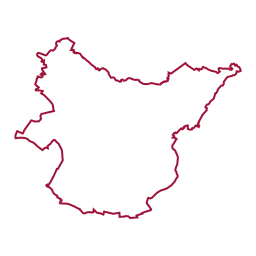 outline of Vargata, Mures, Romania
{"feature_id": "2599482B49125159917966", "entity_name": "Vargata", "entity_type": "district", "adm_level": 2, "iso_a3": "ROU", "parent_name": "Romania", "parent_adm1": "Mures", "projection": "robinson", "projection_center": [24.8, 46.587], "detail": "fine", "context": "isolated", "style": "outline", "palette": "rose", "viewbox_px": 256, "rotation_deg": 0, "n_neighbors": 0, "source": "geoboundaries", "source_scale": "gbopen_adm2", "svg_char_len": 5599}
<svg xmlns="http://www.w3.org/2000/svg" viewBox="0 0 256 256"><path d="M176.4,178.3L177.5,177.0L177.7,176.0L177.3,174.6L176.7,174.0L176.6,173.3L176.6,172.5L176.3,171.6L175.5,170.9L175.4,169.4L176.0,167.2L176.8,165.6L177.5,163.2L177.4,162.4L177.9,158.0L177.6,156.1L175.2,150.7L174.7,150.0L173.0,148.9L172.7,148.5L172.3,147.4L172.3,146.1L172.6,145.1L174.3,142.6L175.7,140.1L176.6,139.1L176.6,138.9L175.2,138.1L174.5,137.7L172.9,137.6L174.2,136.1L172.8,134.9L174.3,132.9L175.0,133.2L175.6,132.6L176.6,133.1L181.1,128.4L182.5,129.3L184.2,127.7L183.6,127.2L184.7,126.3L186.5,125.6L187.8,125.5L187.8,128.9L188.7,129.4L189.4,129.5L190.7,129.6L192.1,129.4L192.3,129.1L192.1,128.3L192.2,128.2L194.1,127.7L195.7,125.6L198.7,127.0L199.2,125.6L197.7,124.6L198.7,123.0L198.3,122.7L202.7,114.5L206.7,110.3L206.6,109.7L206.6,109.0L206.9,108.2L206.0,107.8L205.4,107.1L206.9,104.6L208.4,104.3L209.1,103.7L209.6,103.0L210.1,101.7L213.4,99.0L213.9,98.2L214.9,94.8L215.2,93.4L216.0,93.3L216.3,92.9L217.0,91.8L217.9,89.6L218.8,88.2L219.9,87.3L220.4,86.5L221.2,85.6L222.1,85.5L222.7,85.6L223.0,85.4L223.6,84.3L223.9,81.7L227.0,77.4L228.1,76.8L232.0,75.9L233.0,75.2L234.5,75.2L235.9,74.0L236.3,73.4L236.5,71.5L236.9,71.3L237.7,71.6L238.1,71.5L238.8,71.7L240.6,71.0L240.6,70.3L240.2,69.2L240.2,68.7L239.0,66.9L237.6,66.6L236.7,64.9L236.3,64.6L235.8,64.8L235.2,65.5L234.1,63.7L233.9,63.6L232.2,64.3L231.6,64.0L230.4,65.8L230.1,66.6L230.2,67.0L230.5,67.3L232.3,68.6L231.9,69.5L231.6,69.8L229.8,69.6L229.0,68.9L228.1,68.6L222.4,68.7L221.1,68.2L219.2,68.2L218.6,68.5L219.2,71.0L219.8,71.5L219.7,71.6L217.9,73.1L217.1,72.8L216.6,72.2L215.6,71.7L211.8,70.9L210.8,70.6L208.3,69.5L206.4,68.3L204.8,67.6L203.9,67.4L203.1,66.9L202.8,67.2L202.3,68.3L201.6,69.1L200.5,69.4L199.1,68.8L198.8,69.0L198.9,69.7L198.8,70.3L196.5,68.4L194.8,69.7L194.3,69.9L187.6,65.4L186.7,64.7L185.5,63.1L171.0,73.6L168.7,72.6L168.8,73.2L168.5,73.7L168.4,74.8L168.5,75.1L168.8,75.3L168.8,76.1L168.7,76.4L168.4,76.8L168.3,77.3L167.7,77.6L168.3,78.2L167.9,78.6L168.3,78.7L168.3,79.0L167.8,79.3L168.1,79.9L167.8,80.4L167.5,80.5L167.6,80.9L167.1,81.0L166.7,81.3L166.4,81.5L165.0,81.3L164.7,81.8L164.2,81.6L163.9,81.7L164.0,82.1L163.7,82.2L162.6,82.2L162.3,82.9L161.5,83.1L161.3,83.5L161.0,83.5L160.8,84.1L160.4,84.5L156.2,84.2L154.1,83.6L151.6,83.1L149.3,83.6L147.8,84.1L144.2,84.0L142.9,83.7L139.5,81.6L139.2,80.3L138.3,80.2L137.4,79.7L135.1,79.9L133.7,79.6L132.0,79.1L131.8,78.7L129.2,78.1L127.5,78.6L127.1,78.9L126.6,79.8L124.9,80.6L123.7,80.7L123.1,79.8L122.8,79.6L122.0,79.6L121.4,79.8L121.1,80.1L121.0,80.4L121.2,81.0L121.1,81.5L119.7,81.7L117.8,80.6L116.0,80.4L115.6,80.1L114.4,78.0L113.5,77.4L110.9,77.7L108.6,73.7L108.7,72.9L107.9,71.7L105.4,69.3L104.4,69.1L103.0,68.2L102.5,68.2L100.8,69.1L99.2,70.4L98.8,70.2L99.2,69.4L97.9,68.3L97.7,68.3L96.8,69.1L96.3,69.1L95.9,68.9L95.2,67.4L91.5,64.7L88.5,61.7L87.0,60.7L84.2,58.2L83.4,57.4L82.7,57.7L81.5,55.7L80.3,54.0L79.8,53.6L78.8,53.2L76.2,52.8L76.2,53.2L74.9,53.1L74.9,52.9L73.6,52.4L73.9,51.8L74.3,51.6L74.1,51.2L73.7,50.7L73.1,50.5L73.7,50.2L73.7,49.9L71.0,50.0L74.3,43.0L70.8,40.8L68.3,39.0L67.9,38.0L65.4,38.6L62.3,38.9L61.8,39.5L59.6,40.6L59.6,41.5L58.0,41.2L57.2,41.5L56.4,42.2L56.1,43.4L56.1,44.4L57.0,45.5L56.4,46.4L55.5,47.4L55.4,48.4L54.3,49.6L53.3,50.4L52.6,50.6L51.4,50.3L50.9,50.3L50.3,50.6L49.1,51.9L46.5,55.1L45.9,55.4L45.0,55.2L42.0,54.0L38.8,52.9L37.9,53.1L37.1,54.3L37.0,54.7L38.0,56.5L39.9,57.4L41.8,58.8L42.2,59.7L42.2,60.7L41.5,61.4L42.0,61.9L44.0,60.5L43.8,64.6L45.9,64.8L46.4,67.4L41.9,68.4L42.3,70.0L45.2,74.1L43.5,74.7L43.0,74.6L41.9,73.2L40.7,74.5L42.5,75.7L42.4,76.9L41.8,77.3L40.7,77.4L38.0,76.4L37.8,76.8L37.6,76.8L37.6,77.3L37.4,77.5L37.5,78.0L37.2,78.6L36.7,78.9L36.4,81.2L35.8,82.6L35.2,84.3L37.9,86.8L38.8,87.4L38.7,87.6L37.4,88.6L36.0,89.2L35.7,89.9L35.7,90.2L36.3,90.4L39.4,90.4L42.7,91.1L41.2,93.4L43.7,94.8L45.1,96.1L49.9,101.0L51.9,103.4L52.6,104.4L52.8,105.1L53.3,109.0L54.0,111.0L41.7,113.9L41.0,114.6L40.5,115.6L40.6,116.9L41.0,118.6L40.3,119.9L38.6,121.5L37.0,121.3L35.8,121.5L34.6,121.5L32.9,120.8L31.3,120.4L24.7,129.6L23.9,130.9L23.4,132.5L23.0,133.3L22.4,133.5L22.2,133.1L21.0,132.8L19.0,132.0L17.6,131.2L17.2,131.2L16.9,131.7L15.5,135.4L15.4,137.0L15.5,138.0L15.8,138.3L18.3,137.8L21.6,137.7L24.6,138.0L26.8,138.6L27.2,138.8L28.3,139.9L30.1,141.3L32.3,142.1L34.0,143.1L38.5,147.2L42.5,150.1L44.4,148.2L46.3,147.5L47.8,148.3L47.7,146.0L48.9,144.9L50.4,143.9L51.0,142.9L52.1,141.5L53.4,140.3L53.9,140.0L54.9,140.1L56.1,141.5L58.6,143.8L61.6,149.4L62.1,151.7L62.5,158.3L62.8,160.2L58.0,168.7L57.8,169.0L56.9,168.9L53.6,176.2L50.5,182.0L48.6,184.9L47.9,184.4L47.7,184.4L46.4,185.2L46.4,185.5L46.7,185.8L46.7,186.2L49.6,187.4L52.2,189.9L52.4,191.0L53.7,193.3L54.6,194.2L57.2,195.7L57.5,196.5L57.2,197.1L57.4,197.4L59.5,198.3L59.8,198.8L60.5,198.9L60.5,199.6L61.6,200.0L61.7,200.5L61.3,201.1L60.6,201.2L59.8,202.9L60.0,203.3L62.6,203.5L67.4,203.7L70.1,204.6L75.0,206.8L78.3,208.6L79.8,209.0L79.8,209.6L81.0,210.7L82.1,212.1L83.0,213.0L83.6,213.4L85.2,213.2L86.7,212.5L87.8,212.3L89.4,212.1L91.9,212.6L92.2,212.5L92.3,212.2L92.6,212.1L93.0,212.2L93.4,212.2L93.7,209.5L96.8,212.6L97.9,213.0L100.4,213.3L103.4,214.5L104.1,211.6L113.1,213.8L119.4,212.8L119.5,213.7L119.5,216.8L124.5,216.6L125.1,216.1L126.1,216.1L128.3,216.3L130.2,218.0L137.4,217.4L136.5,215.5L142.4,213.6L142.1,213.0L145.3,211.8L150.6,210.2L151.1,209.7L151.1,209.2L146.9,203.4L146.7,202.7L148.0,198.1L148.4,197.9L149.9,198.4L150.4,198.4L151.9,197.8L155.8,193.9L158.5,191.8L160.8,190.5L165.2,189.1L167.3,188.1L171.4,185.3L174.7,181.6L176.4,178.3Z" fill="none" stroke="#9f1239" stroke-width="2"/></svg>